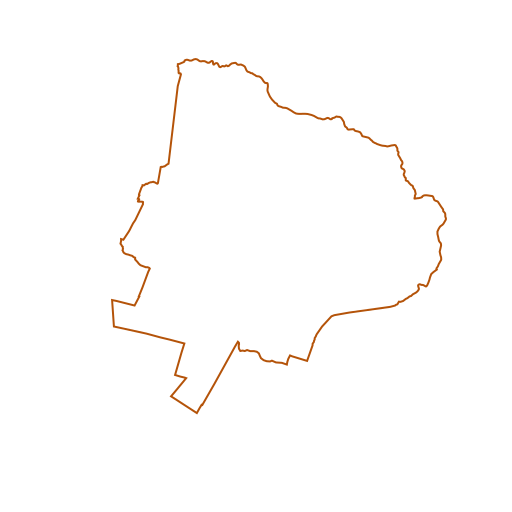 Filipestii De Padure, Prahova, Romania, rotated 120°
{"feature_id": "2599482B38308442740550", "entity_name": "Filipestii De Padure", "entity_type": "district", "adm_level": 2, "iso_a3": "ROU", "parent_name": "Romania", "parent_adm1": "Prahova", "projection": "equal_earth", "projection_center": [25.71, 44.993], "detail": "fine", "context": "isolated", "style": "outline", "palette": "amber", "viewbox_px": 512, "rotation_deg": 120, "n_neighbors": 0, "source": "geoboundaries", "source_scale": "gbopen_adm2", "svg_char_len": 6054}
<svg xmlns="http://www.w3.org/2000/svg" viewBox="0 0 512 512"><g transform="rotate(120 256 256)"><path d="M128.3,418.8L128.9,419.6L130.0,419.0L131.5,418.6L130.7,418.5L132.1,417.1L133.5,416.4L134.2,415.7L136.1,414.6L136.2,414.4L136.3,413.9L136.2,413.6L135.8,413.3L135.7,412.5L136.3,411.8L148.0,408.7L219.8,377.9L221.1,378.7L224.1,380.0L224.8,380.9L225.6,381.5L226.1,382.6L226.6,383.0L241.9,377.4L242.6,377.5L242.8,378.0L242.8,380.6L242.9,380.8L243.1,381.2L243.0,381.7L243.1,382.1L244.3,383.3L245.0,384.3L246.6,385.6L247.7,386.0L248.1,386.3L248.3,386.5L248.3,387.2L248.8,387.5L250.8,388.3L251.4,389.7L252.5,389.3L254.1,389.4L261.0,388.2L261.7,387.9L261.7,387.3L265.5,387.0L265.2,386.1L265.2,385.6L265.3,385.5L266.1,385.4L267.4,385.7L267.8,385.5L267.7,384.9L266.7,383.3L265.7,381.2L265.7,380.9L265.9,380.7L267.1,380.2L267.6,379.8L285.3,378.5L289.2,378.8L293.4,378.6L296.4,378.4L298.6,378.4L308.2,379.0L308.8,381.3L310.3,380.4L313.1,379.5L313.4,378.6L314.3,377.2L314.6,376.0L315.7,375.4L316.2,374.8L317.9,374.4L318.4,373.4L319.0,372.8L319.3,371.9L319.4,371.4L319.3,369.4L318.6,367.2L318.3,365.4L317.8,363.4L317.8,362.8L318.2,361.5L317.9,360.0L318.1,359.6L319.1,359.2L319.5,358.8L320.5,355.5L321.2,353.9L321.7,351.8L321.7,351.1L320.8,345.7L320.1,344.7L319.8,343.6L319.7,342.4L320.0,341.7L323.7,341.4L340.0,338.6L349.4,337.3L349.5,337.3L349.5,336.8L359.6,336.4L364.7,354.4L366.1,358.6L388.1,343.8L378.0,312.1L374.3,298.1L371.6,289.0L367.6,274.3L377.0,272.2L399.5,266.6L398.3,261.4L396.9,256.7L396.7,255.4L413.3,258.2L420.0,259.4L421.6,228.7L416.1,228.8L412.0,228.7L411.9,228.0L387.2,228.1L344.5,228.9L339.3,228.8L339.7,227.4L340.8,226.6L342.4,226.1L344.8,224.4L346.1,222.1L344.6,220.3L343.9,218.2L341.9,216.7L341.3,213.5L339.4,210.2L338.5,207.4L338.9,204.8L340.5,202.8L342.0,200.6L342.4,197.3L341.8,194.2L340.3,191.1L338.7,189.9L338.2,185.5L335.6,180.2L334.6,175.0L332.1,175.9L329.0,176.6L325.1,176.8L324.8,174.5L321.3,159.3L305.2,162.3L303.6,163.1L301.6,162.9L300.2,163.4L299.1,163.4L297.8,164.1L295.6,164.0L294.9,164.2L293.4,164.3L284.0,163.5L270.5,160.5L268.1,158.6L258.3,146.9L232.9,114.3L229.7,111.1L229.4,110.8L228.3,110.4L227.7,109.8L227.1,109.4L224.1,109.4L223.5,108.0L221.4,106.1L218.2,104.8L216.8,103.8L214.7,103.0L214.2,102.8L213.1,101.7L210.7,101.0L207.8,99.2L206.2,98.6L204.7,98.3L203.1,98.4L202.4,99.0L201.1,100.4L200.4,100.9L199.7,100.9L199.3,100.7L198.7,100.2L198.5,99.8L198.3,98.3L197.6,96.9L197.5,96.1L197.5,93.9L197.1,93.3L195.7,93.1L192.8,93.4L189.6,94.0L187.6,94.6L184.0,95.2L181.2,94.3L178.0,92.9L177.4,92.6L176.6,92.4L177.2,92.9L177.2,93.2L176.4,93.5L174.0,93.3L171.7,93.7L167.0,93.7L166.3,93.9L164.5,95.1L163.2,96.6L160.4,99.1L154.5,100.9L153.1,101.8L152.5,102.5L152.1,103.7L151.6,104.8L150.8,105.7L148.5,107.7L146.3,109.8L144.1,111.1L140.9,111.4L138.7,111.3L137.9,111.1L135.7,110.1L134.2,109.8L130.3,109.8L129.5,109.8L128.5,110.3L128.1,110.7L127.3,111.7L125.0,113.1L124.2,114.1L123.6,116.2L122.1,117.3L120.8,120.2L118.2,125.3L118.0,125.9L118.0,126.3L118.4,128.4L118.3,129.6L117.8,130.3L116.4,131.9L116.0,132.7L116.0,133.4L116.8,135.4L117.5,137.2L118.2,138.8L119.2,140.4L119.8,141.0L120.7,141.5L121.5,141.8L122.1,141.7L123.1,142.5L124.6,144.1L125.2,145.0L126.9,147.1L127.0,147.4L126.7,147.7L125.5,147.9L124.2,148.6L122.5,148.7L122.1,149.0L119.5,151.4L118.5,153.7L117.4,154.8L117.0,155.3L116.9,155.7L117.0,157.1L116.8,157.9L116.2,160.0L115.5,161.4L115.3,162.1L115.7,163.6L115.5,164.2L113.7,165.2L113.5,165.5L113.5,166.2L113.4,166.5L112.6,167.5L112.1,168.4L111.6,168.8L110.7,169.1L110.0,169.1L109.2,169.3L108.2,169.6L107.9,169.9L107.3,170.9L107.1,171.4L107.1,172.2L107.2,173.1L107.2,173.5L107.0,174.0L106.2,174.9L105.3,175.4L104.5,175.5L103.5,175.3L102.8,175.4L102.0,175.8L101.4,176.3L100.8,177.1L100.4,178.3L99.2,180.0L97.4,183.3L96.6,183.9L95.4,184.2L94.8,184.5L94.1,186.2L92.4,187.2L91.7,188.0L91.0,189.4L90.4,190.2L90.4,190.6L90.5,191.3L90.8,191.7L92.6,194.0L94.4,195.8L95.5,197.1L96.0,198.9L97.3,201.8L97.8,203.6L98.5,207.2L98.5,208.6L98.7,209.7L98.7,210.6L98.7,211.8L98.1,213.4L98.0,214.5L97.4,216.6L97.3,217.7L97.5,218.5L98.9,223.2L99.0,223.8L98.7,224.4L97.8,225.6L97.3,226.6L96.9,227.4L96.8,228.1L97.2,230.1L97.8,231.8L98.0,233.0L97.9,233.6L97.4,234.4L97.5,235.1L99.5,238.0L100.1,238.7L100.4,239.4L100.3,240.3L99.6,241.3L99.4,242.0L99.3,243.3L99.1,243.8L97.6,245.6L96.0,246.9L95.5,247.8L93.9,250.9L93.7,251.9L93.7,252.7L93.8,253.3L94.6,254.9L94.8,255.7L95.1,256.2L96.9,257.2L98.4,258.7L98.7,258.9L99.4,258.8L100.1,259.4L100.4,260.1L100.3,261.9L100.4,262.5L100.8,263.3L103.2,265.0L104.3,266.5L104.9,269.4L105.5,270.5L105.6,271.0L105.7,271.9L105.7,275.8L106.1,278.4L107.2,282.3L108.3,284.6L111.4,289.8L112.1,291.3L112.6,292.7L112.7,295.3L112.5,297.9L112.5,302.8L112.9,304.4L114.1,306.9L114.3,308.8L114.9,311.4L114.9,312.0L114.7,312.7L113.7,314.0L113.8,316.1L112.5,320.4L111.0,323.6L110.1,324.9L107.9,327.9L107.1,328.7L105.9,329.4L103.1,330.5L101.2,331.8L100.7,332.4L100.7,333.0L101.2,333.7L101.3,334.0L101.5,334.7L101.4,335.1L101.0,336.6L100.0,338.5L99.4,339.8L99.1,340.8L98.9,341.9L99.0,343.2L99.7,344.7L100.0,345.7L99.8,347.7L99.9,349.3L99.7,350.0L99.6,350.5L99.8,351.0L100.1,351.6L100.2,352.2L100.1,353.3L100.5,355.2L100.5,355.8L99.9,357.2L98.1,359.6L97.6,360.4L97.4,362.2L97.7,364.8L99.0,366.5L99.4,367.4L99.4,368.3L98.9,370.0L99.0,370.4L99.8,371.5L101.4,373.3L103.1,374.1L104.7,374.5L105.4,375.0L105.8,375.5L105.7,376.6L105.8,377.1L106.2,377.4L107.0,377.7L107.6,378.2L107.8,378.6L108.0,379.6L108.3,380.1L110.2,381.2L110.4,381.7L110.4,382.5L108.7,385.1L108.5,385.7L108.5,386.2L108.8,386.8L109.2,387.3L109.9,387.7L111.2,388.1L111.4,388.4L111.4,388.7L110.9,389.3L109.2,390.6L109.0,391.0L109.0,391.3L109.3,391.9L110.0,392.3L111.9,393.1L112.4,393.7L112.8,394.6L112.7,394.8L112.9,395.6L112.8,396.9L113.1,398.2L114.1,400.0L114.9,400.8L115.3,401.8L115.4,402.5L115.2,404.5L115.2,405.3L115.6,406.7L116.7,408.0L118.5,409.2L119.2,409.8L119.9,411.0L120.0,411.8L120.3,413.4L120.8,414.3L121.2,414.7L121.9,415.3L122.3,415.3L122.5,415.5L123.6,415.3L124.1,415.5L127.7,418.2L128.3,418.8Z" fill="none" stroke="#b45309" stroke-width="2"/></g></svg>